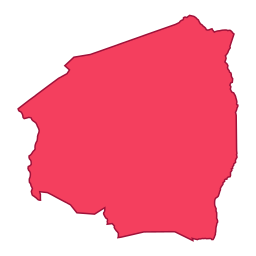 outline of Uauá, Bahia, Brazil
{"feature_id": "56859067B85739573992088", "entity_name": "Uauá", "entity_type": "district", "adm_level": 2, "iso_a3": "BRA", "parent_name": "Brazil", "parent_adm1": "Bahia", "projection": "albers", "projection_center": [-39.437, -9.895], "detail": "fine", "context": "isolated", "style": "filled", "palette": "rose", "viewbox_px": 256, "rotation_deg": 0, "n_neighbors": 0, "source": "geoboundaries", "source_scale": "gbopen_adm2", "svg_char_len": 3800}
<svg xmlns="http://www.w3.org/2000/svg" viewBox="0 0 256 256"><path d="M40.5,200.2L40.4,198.5L40.4,197.2L40.4,195.5L40.4,194.2L39.9,193.0L39.7,191.7L47.5,192.6L52.2,195.0L57.1,197.7L70.5,204.8L76.9,212.8L94.6,214.1L101.8,209.5L104.8,207.7L104.8,210.0L104.4,211.8L103.7,212.7L103.6,213.8L104.2,215.2L104.9,216.5L105.9,218.1L107.1,218.7L107.6,220.2L107.2,221.4L107.5,223.0L107.2,224.2L112.2,223.6L113.5,225.0L114.4,226.0L114.2,227.5L115.1,229.1L116.5,231.0L117.4,231.8L118.4,233.4L118.3,235.0L118.4,236.2L118.0,237.6L120.9,237.2L122.3,236.9L140.9,232.6L143.9,231.9L158.6,231.8L169.9,231.7L173.0,231.7L175.0,231.8L192.9,240.6L192.8,239.5L192.3,238.4L197.4,239.6L198.9,238.9L200.6,238.9L202.2,238.5L203.7,238.6L205.3,238.4L206.6,238.7L208.4,238.6L210.0,238.5L211.1,238.7L211.9,239.6L213.1,239.5L213.7,238.5L214.2,237.6L214.7,236.1L215.4,234.4L215.4,233.0L215.7,232.0L215.8,230.1L215.9,228.1L216.2,226.4L216.6,225.1L216.8,223.4L217.6,222.2L217.6,220.8L217.1,219.3L216.6,218.2L216.7,216.8L216.7,214.6L216.7,212.7L216.1,211.4L216.0,210.1L216.1,208.7L215.4,207.1L214.8,205.6L214.6,204.1L214.6,202.3L214.7,200.7L215.0,199.3L215.7,198.1L217.3,197.1L218.3,196.1L218.8,194.6L219.3,193.1L219.7,191.5L220.4,189.9L220.4,188.3L221.3,186.6L222.2,185.3L222.9,184.3L223.1,182.5L224.6,181.4L224.5,180.0L225.4,179.1L226.8,179.2L227.1,178.1L228.2,177.0L230.1,176.7L230.5,175.6L230.5,174.0L230.5,172.2L231.2,171.4L231.9,170.3L231.4,168.9L232.6,168.5L232.5,166.8L233.7,165.3L233.8,163.9L234.6,163.2L235.6,162.4L235.4,160.4L236.2,158.6L237.0,157.3L236.8,156.0L236.5,154.7L236.9,153.6L236.6,150.9L236.2,115.4L235.9,113.9L235.5,112.3L236.1,111.1L236.6,109.8L237.0,108.0L237.8,106.4L237.9,105.1L236.7,104.6L236.6,103.5L236.9,102.0L236.6,100.5L236.3,99.3L235.9,98.0L235.5,96.3L234.9,95.0L234.3,94.0L233.6,92.8L232.1,92.3L231.1,90.9L230.3,89.0L230.7,87.8L230.8,86.4L229.8,85.2L230.4,83.7L231.0,82.7L232.3,82.3L232.5,80.6L232.7,78.7L231.8,77.4L231.3,75.8L231.3,74.6L230.9,73.0L229.6,72.2L229.3,71.0L228.7,70.0L228.0,69.2L227.5,67.8L227.9,65.6L227.0,63.9L225.9,62.9L224.9,61.9L225.5,60.3L226.1,58.4L225.8,57.0L225.4,55.7L226.4,54.7L227.1,53.6L227.8,52.6L228.3,51.1L229.2,49.3L230.2,47.9L229.9,46.4L234.0,34.0L232.8,33.0L232.1,32.0L231.3,31.2L230.3,30.4L229.1,30.3L227.8,30.6L226.8,30.1L225.3,30.0L223.6,30.1L222.2,30.2L220.7,30.5L219.5,30.8L218.0,30.9L216.7,31.2L215.4,31.6L214.3,32.1L213.2,30.7L212.5,29.9L212.0,28.8L210.6,29.2L208.9,29.9L207.7,30.1L206.3,29.7L205.6,28.2L204.2,26.9L203.2,26.2L202.3,25.1L201.3,24.4L200.4,23.8L199.8,22.8L199.0,21.4L198.4,20.0L197.1,19.0L196.0,17.8L194.9,17.0L193.9,16.4L192.7,16.1L191.0,15.7L189.6,15.4L188.1,16.5L186.9,17.5L185.5,17.1L184.4,17.2L183.5,17.8L183.4,19.0L182.7,20.0L181.5,20.3L180.2,21.3L179.2,22.6L175.5,24.4L149.6,33.5L147.6,34.2L123.6,42.7L110.5,47.4L101.7,50.5L98.9,51.5L90.3,54.5L73.9,57.2L64.8,65.7L69.5,69.9L67.0,73.7L58.6,78.3L47.4,86.6L36.3,94.9L35.0,96.0L29.2,100.2L18.1,108.8L18.5,110.1L19.2,111.1L20.8,111.8L21.9,113.2L22.6,114.8L22.9,116.2L23.1,117.5L24.2,118.6L25.9,118.2L27.4,117.8L28.7,117.4L30.2,117.6L31.3,118.1L31.8,119.5L32.5,120.3L33.4,121.1L34.4,121.7L36.1,123.2L36.9,124.8L37.5,126.4L38.1,127.4L38.8,129.1L39.2,130.7L38.8,132.8L38.3,133.8L37.8,135.3L37.5,136.7L37.5,137.9L37.3,139.6L37.0,141.0L36.4,142.0L35.8,143.2L35.4,144.4L35.1,145.6L35.0,147.3L35.1,148.9L34.5,150.1L33.5,151.0L32.5,152.3L31.6,153.8L30.4,155.1L29.1,155.9L29.0,157.2L29.4,158.8L30.6,160.2L31.1,161.5L31.2,163.1L31.2,164.5L29.9,165.8L28.3,166.5L28.0,168.4L28.6,170.2L29.6,171.3L30.3,172.8L30.4,174.1L30.3,175.7L30.1,177.0L29.3,179.0L29.3,180.9L29.5,182.5L30.5,183.5L30.8,184.7L31.1,185.9L31.8,187.1L32.4,188.6L31.8,190.1L31.3,191.5L32.2,194.9L33.2,195.8L34.3,196.4L35.4,197.4L36.4,198.0L37.3,199.0L38.1,199.7L39.2,200.1L40.5,200.2Z" fill="#f43f5e" stroke="#9f1239" stroke-width="1.5"/></svg>